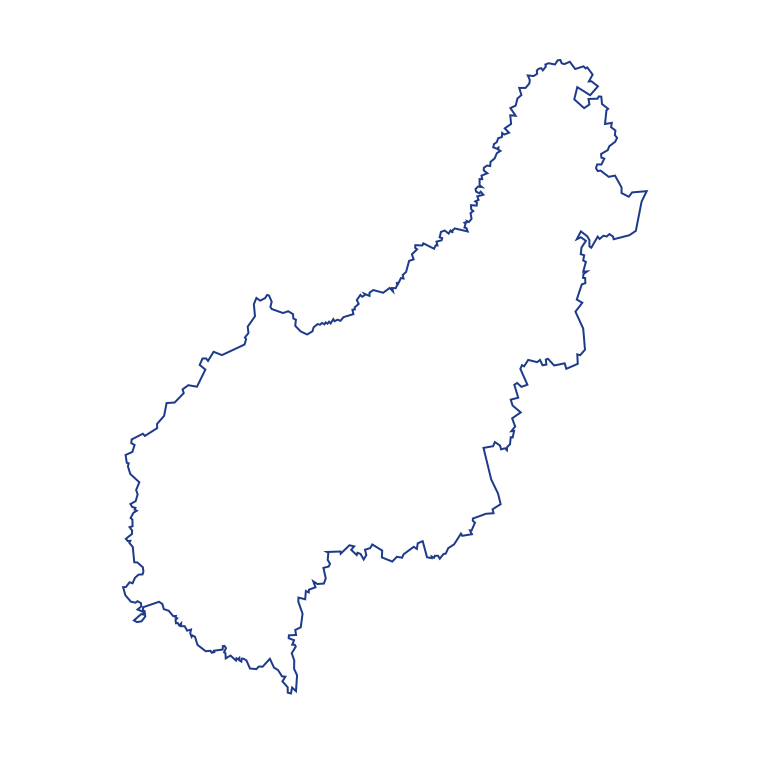 Thabo Mofutsanyane, Free State, South Africa, rotated 170°
{"feature_id": "47623444B5552574832417", "entity_name": "Thabo Mofutsanyane", "entity_type": "district", "adm_level": 2, "iso_a3": "ZAF", "parent_name": "South Africa", "parent_adm1": "Free State", "projection": "orthographic", "projection_center": [28.545, -28.29], "detail": "fine", "context": "isolated", "style": "outline", "palette": "blue", "viewbox_px": 768, "rotation_deg": 170, "n_neighbors": 0, "source": "geoboundaries", "source_scale": "gbopen_adm2", "svg_char_len": 6161}
<svg xmlns="http://www.w3.org/2000/svg" viewBox="0 0 768 768"><g transform="rotate(170 384 384)"><path d="M671.3,194.6L668.6,192.4L664.0,192.4L659.5,196.4L659.2,201.9L660.8,203.3L659.9,206.0L643.4,208.6L640.5,205.9L639.9,200.5L635.4,198.1L631.9,192.0L629.2,191.7L629.9,190.1L628.4,189.2L630.3,187.8L630.4,184.5L628.7,184.5L627.6,181.8L625.4,183.4L626.1,180.8L622.4,180.1L620.7,175.3L616.7,175.7L618.1,172.2L617.4,168.4L616.3,169.6L614.0,167.8L613.0,159.5L606.0,151.8L601.2,151.4L600.4,149.3L598.6,149.3L597.8,149.5L598.4,150.4L597.9,150.9L589.0,150.5L588.2,153.9L586.6,153.8L585.5,151.3L588.1,147.5L586.9,146.5L587.5,141.3L582.3,143.2L577.8,137.4L576.9,139.5L575.0,137.7L574.9,138.7L574.2,139.2L574.6,137.2L572.7,135.4L571.8,138.3L569.8,137.7L567.5,135.7L565.4,127.1L559.2,125.4L556.3,127.5L552.6,126.7L544.1,133.2L541.6,123.8L538.0,120.6L535.2,113.8L532.0,112.9L535.7,108.7L531.5,102.1L532.4,96.8L529.4,95.4L527.2,101.0L524.0,96.8L520.2,112.3L522.0,119.1L520.4,127.3L521.6,134.9L516.5,140.7L517.2,142.7L519.6,143.2L517.1,147.3L522.0,150.2L521.3,153.0L514.2,152.1L514.1,157.2L508.2,158.9L504.1,171.9L506.2,184.6L505.3,188.5L499.0,185.7L496.9,193.7L494.3,191.8L493.6,194.5L486.8,195.7L487.9,201.9L484.3,198.6L477.9,197.9L475.1,202.7L475.6,213.4L470.0,213.9L468.4,216.4L470.0,220.5L468.1,227.5L469.4,228.5L456.0,226.6L456.1,224.4L446.1,231.2L441.6,229.3L445.1,226.4L440.6,220.3L439.4,222.4L436.6,220.7L434.5,214.7L431.1,218.6L431.5,224.1L426.1,224.8L423.4,228.0L414.7,220.3L416.2,213.6L406.7,207.7L401.3,211.6L396.3,209.8L394.3,212.9L383.0,218.5L380.3,215.9L378.4,221.3L373.2,222.5L371.7,205.9L367.2,204.2L367.1,205.9L364.8,204.2L363.7,206.0L360.6,205.4L359.4,202.3L354.8,206.3L352.7,206.2L349.3,211.1L342.8,213.9L334.2,223.3L333.3,220.9L323.5,220.8L324.8,225.0L323.1,224.7L318.5,231.6L320.3,233.9L319.8,236.1L306.1,238.5L298.6,237.7L298.8,241.8L290.0,245.4L290.7,256.1L295.0,271.5L297.1,303.8L287.3,303.8L284.9,307.6L280.4,303.2L280.0,299.3L276.0,299.7L274.5,297.4L273.7,300.5L270.4,302.7L268.4,309.6L266.6,309.0L264.0,315.2L266.8,315.4L262.2,319.4L263.8,327.9L254.3,332.3L261.1,340.4L261.9,346.6L254.2,347.2L255.8,360.6L252.7,361.9L249.1,357.3L242.9,358.4L247.1,375.2L244.8,378.6L242.9,377.1L237.8,382.7L229.4,378.9L226.2,380.6L224.6,374.9L220.7,374.9L220.4,380.0L218.2,380.4L213.2,372.7L202.5,373.0L201.8,367.3L189.7,370.2L188.5,379.6L185.8,378.3L180.1,382.9L178.2,404.0L182.9,422.0L174.6,429.6L179.5,433.7L171.9,447.8L168.2,448.3L167.5,453.4L169.5,453.9L168.5,457.6L164.4,459.6L168.3,460.0L164.0,469.2L166.4,471.1L164.5,476.0L167.7,477.7L165.8,484.1L160.3,489.9L164.6,494.3L169.0,493.1L163.6,500.1L158.3,494.3L156.7,490.1L157.8,483.8L156.2,482.2L148.0,492.0L146.5,489.4L142.2,491.9L139.0,490.6L136.0,492.5L132.8,489.4L132.7,486.7L116.5,487.9L109.4,491.1L98.6,519.0L91.8,528.3L106.4,529.6L110.4,525.9L116.9,530.8L115.9,536.3L120.3,549.1L126.7,549.0L133.6,556.5L136.5,556.6L137.8,559.8L135.9,563.2L131.8,562.4L127.9,567.7L130.6,569.2L130.3,572.8L123.0,575.5L120.9,579.0L114.3,582.4L111.7,585.9L113.4,589.0L112.1,593.5L115.8,597.5L114.3,601.6L121.2,601.7L117.4,614.9L115.5,616.1L120.7,621.9L120.1,629.2L122.5,629.9L124.2,627.9L133.1,629.2L133.2,623.6L139.0,620.9L147.2,631.3L142.1,642.8L130.9,632.6L121.6,640.0L127.2,646.1L129.7,646.4L124.8,652.5L128.9,660.5L130.7,659.8L132.3,662.2L141.0,661.0L145.1,669.1L150.9,667.7L153.3,669.0L154.1,672.5L156.7,672.6L160.1,669.0L166.2,671.3L169.6,670.6L169.5,668.5L173.1,665.3L174.3,667.7L177.0,667.6L179.1,666.1L179.3,662.9L183.1,661.3L188.8,662.9L187.6,658.1L188.7,654.7L193.2,651.0L199.4,652.1L198.5,644.7L203.0,642.0L206.0,635.3L211.6,633.8L207.8,625.3L213.0,626.7L213.7,618.0L220.7,614.8L217.2,609.8L222.3,608.8L224.0,610.7L225.1,606.7L228.9,606.2L230.9,602.6L234.0,601.2L235.3,598.1L231.9,596.1L230.3,596.9L230.8,594.9L228.9,593.3L232.8,591.7L235.9,586.9L240.5,584.3L241.6,580.2L244.7,581.2L248.1,579.6L248.7,577.0L245.6,573.6L251.8,572.3L251.7,568.7L254.3,569.2L255.3,563.2L253.3,560.9L257.1,562.1L260.0,560.1L259.9,557.4L256.9,555.3L255.4,556.6L253.3,553.1L259.5,552.6L258.9,548.9L262.4,548.0L261.0,546.5L261.8,543.6L267.3,545.0L267.8,540.9L266.1,538.8L269.1,537.3L269.1,531.4L272.3,528.8L273.6,529.7L273.1,528.3L274.0,529.6L276.7,528.8L275.7,528.0L277.6,524.1L275.7,523.1L275.1,519.7L287.3,524.9L290.3,523.1L290.0,521.0L291.9,523.6L294.2,520.9L297.6,524.6L301.5,523.9L303.7,518.8L301.3,517.5L302.3,515.5L307.6,515.1L307.3,511.2L309.0,511.6L311.2,508.5L321.5,516.2L320.8,514.9L322.5,513.8L329.0,515.3L329.7,512.7L328.0,510.9L334.0,506.9L333.2,501.6L337.9,500.9L342.8,490.5L346.7,488.0L346.5,484.5L348.9,485.4L352.7,480.2L354.1,482.0L353.6,479.4L355.9,476.3L359.3,477.1L359.1,473.7L361.7,477.6L369.0,474.0L378.3,478.4L382.4,476.4L383.0,473.3L387.7,476.3L387.1,475.1L390.3,473.7L391.8,475.8L396.2,471.4L395.0,467.3L399.5,464.6L399.8,462.5L402.2,462.6L402.0,458.1L412.2,456.9L415.9,453.8L418.6,455.4L421.8,454.4L422.7,456.7L426.0,452.9L427.3,454.9L429.2,453.2L430.8,454.8L432.3,453.1L434.5,454.9L436.7,453.5L439.1,454.5L443.5,452.0L445.3,448.3L451.1,446.1L457.0,450.3L461.3,456.7L459.6,462.6L461.9,464.3L461.5,468.6L465.7,472.3L471.1,471.4L481.5,477.3L482.5,479.7L480.3,484.6L481.9,491.1L483.7,492.0L486.2,489.2L491.5,487.6L494.7,490.9L498.3,485.2L499.3,473.1L508.3,464.1L508.6,457.8L512.9,453.9L512.0,452.1L514.5,447.1L538.6,440.6L546.2,445.3L553.3,437.3L554.8,440.1L558.3,440.6L562.2,434.8L557.4,429.2L568.7,413.8L576.9,416.8L583.3,413.7L582.8,409.8L593.4,402.1L601.4,403.0L606.1,390.8L614.4,384.1L615.1,379.9L628.5,374.4L630.1,376.9L642.2,373.2L643.1,369.6L640.2,367.3L643.6,360.8L650.8,359.0L651.0,351.1L649.2,350.2L650.5,347.5L649.5,339.4L642.0,329.7L646.5,322.7L645.8,318.0L648.9,311.8L654.6,309.8L653.3,306.6L650.3,305.2L651.4,303.6L649.5,302.1L653.1,300.7L656.8,296.0L655.3,294.2L656.3,287.6L659.4,287.2L657.5,283.4L658.3,280.0L665.1,276.4L663.7,273.9L661.1,273.6L662.4,271.8L659.7,267.1L660.9,251.8L657.9,251.1L653.3,245.4L653.5,241.0L654.9,238.4L658.8,238.9L662.9,236.4L666.2,231.4L669.0,232.9L673.4,228.9L676.2,229.2L675.4,220.9L671.1,213.6L666.7,211.8L664.4,212.9L661.4,210.4L661.6,207.1L665.9,204.7L660.2,201.1L661.3,198.8L663.0,199.6L671.3,194.6Z" fill="none" stroke="#1e3a8a" stroke-width="2"/></g></svg>